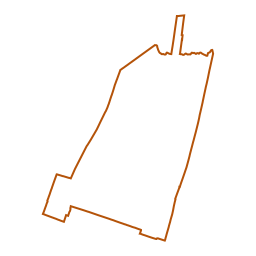 Rusetu, Buzau, Romania
{"feature_id": "2599482B81543600541276", "entity_name": "Rusetu", "entity_type": "district", "adm_level": 2, "iso_a3": "ROU", "parent_name": "Romania", "parent_adm1": "Buzau", "projection": "albers", "projection_center": [27.21, 44.945], "detail": "fine", "context": "isolated", "style": "outline", "palette": "amber", "viewbox_px": 256, "rotation_deg": 0, "n_neighbors": 0, "source": "geoboundaries", "source_scale": "gbopen_adm2", "svg_char_len": 4567}
<svg xmlns="http://www.w3.org/2000/svg" viewBox="0 0 256 256"><path d="M165.3,239.2L165.4,238.9L165.4,238.7L165.5,238.3L165.6,237.9L166.0,236.6L166.6,234.3L166.8,233.6L168.7,227.1L169.0,225.7L169.4,224.4L169.7,223.2L169.9,222.8L170.7,219.4L172.2,214.3L173.1,210.2L173.9,205.9L174.8,201.9L175.1,200.8L175.5,199.2L175.2,198.9L177.3,193.1L179.2,188.0L179.3,187.7L179.3,187.4L179.4,187.2L179.4,186.9L179.8,187.0L180.3,185.3L181.1,182.9L182.8,178.1L184.7,172.6L185.4,170.5L186.2,168.2L186.4,167.7L187.0,165.5L187.5,163.7L188.8,158.9L189.5,156.2L189.8,154.8L190.0,154.0L190.5,152.0L190.7,151.3L191.1,149.7L191.8,147.1L192.4,144.8L193.2,141.7L193.3,141.4L193.7,140.0L193.9,139.2L194.6,136.5L195.8,132.0L197.8,124.0L198.2,122.3L198.6,120.5L199.1,118.3L199.7,115.0L201.2,108.6L202.6,102.4L203.0,100.2L203.1,99.9L204.2,94.6L205.5,88.6L205.9,86.7L206.6,83.9L208.0,77.5L209.5,70.0L209.9,68.3L212.2,57.8L213.1,53.7L213.0,53.2L212.4,50.4L212.3,50.0L212.2,49.9L211.7,50.0L211.3,50.1L210.9,50.6L209.8,52.3L208.0,53.1L207.3,55.7L206.7,55.8L206.3,55.7L205.6,55.4L204.8,54.9L204.2,54.7L203.7,54.5L203.4,54.3L203.0,54.1L202.2,53.7L200.9,52.7L200.5,52.6L200.3,52.6L200.0,52.7L199.7,52.8L199.4,53.2L198.9,53.7L198.7,53.6L198.0,53.2L197.8,53.1L197.7,53.1L197.2,53.2L196.8,53.3L196.7,53.5L196.0,53.9L195.6,53.8L195.2,53.5L195.0,53.3L194.5,53.0L194.3,52.9L194.0,52.9L193.8,52.9L193.3,53.1L192.9,53.1L192.4,52.8L191.8,52.7L191.2,53.3L190.8,54.0L190.5,54.3L190.4,54.4L190.1,54.4L189.8,54.4L189.4,54.3L189.0,54.4L188.5,54.4L187.8,54.5L187.3,54.4L186.6,53.9L186.2,53.7L185.9,53.6L185.5,53.6L185.1,53.9L184.2,54.6L183.7,54.8L183.4,54.9L183.1,54.9L181.9,54.3L181.4,54.2L181.0,54.2L180.6,54.2L180.2,54.1L179.9,54.0L180.0,53.7L181.8,40.4L181.9,39.6L182.1,39.7L182.3,37.7L182.6,35.2L181.7,35.0L183.2,22.8L184.2,15.4L180.2,15.8L177.8,16.1L177.5,16.0L176.9,16.0L176.7,17.6L175.7,24.5L175.2,27.9L173.6,39.3L172.5,46.6L172.1,49.0L171.7,51.5L171.3,54.1L170.3,54.0L169.5,53.8L168.4,53.3L167.7,52.9L167.3,52.7L166.7,52.7L166.4,53.1L165.9,54.1L165.7,54.4L165.0,54.6L164.5,54.5L164.1,54.4L163.5,54.1L163.2,54.0L162.6,54.1L162.0,54.2L161.6,54.1L160.8,53.4L160.0,53.0L159.6,52.6L159.4,52.4L159.0,51.7L158.9,51.5L158.8,51.2L158.3,50.2L158.0,49.4L157.9,49.0L157.8,48.7L157.7,48.3L157.5,47.8L157.4,47.6L157.3,47.2L157.2,46.8L157.2,46.4L157.2,46.1L157.0,45.8L156.7,45.4L156.3,45.2L156.1,45.2L155.1,45.2L154.9,45.1L122.9,68.2L122.2,68.6L121.8,69.0L120.6,69.8L120.4,69.9L119.5,72.4L117.2,78.7L117.1,79.1L116.8,79.7L115.3,83.8L114.9,84.8L113.6,89.2L112.6,92.4L112.3,93.3L111.8,94.8L111.5,95.7L111.3,96.0L111.1,96.8L110.7,97.9L110.5,98.6L110.2,99.4L110.1,99.8L110.0,100.2L109.9,100.5L109.6,101.3L109.5,101.6L109.4,102.1L109.2,102.5L109.1,102.9L109.0,103.1L108.9,103.5L108.8,103.9L108.7,104.1L108.4,104.8L108.2,105.3L108.1,105.6L108.0,105.9L107.9,106.2L107.7,106.7L107.5,107.4L107.3,107.8L106.6,109.4L105.9,111.0L105.1,112.3L100.3,122.1L98.6,125.7L96.7,129.6L90.8,139.7L87.3,145.3L87.1,145.5L86.5,146.4L86.0,147.4L75.0,168.9L71.6,176.6L70.8,178.4L69.3,177.9L68.9,177.9L66.0,177.0L63.0,176.1L62.6,176.1L60.8,175.5L58.4,174.8L56.8,174.3L56.7,174.3L55.9,176.5L53.8,182.3L52.9,184.9L52.2,186.9L52.1,187.1L51.8,188.2L51.0,190.2L50.6,191.5L50.3,192.3L49.7,194.2L49.5,194.8L49.4,195.1L49.2,195.4L49.1,195.9L48.6,197.1L48.5,197.6L48.3,198.1L47.9,199.1L47.7,199.7L47.5,200.1L47.4,200.4L47.3,200.8L47.5,201.0L47.6,201.3L47.3,202.3L46.9,203.0L46.3,204.7L46.2,205.2L45.8,206.3L45.5,207.0L45.2,207.9L45.0,208.4L44.8,208.9L44.7,209.2L44.6,209.7L44.4,210.1L44.1,210.9L43.9,211.5L43.7,212.0L43.6,212.3L43.4,212.7L43.3,213.1L43.1,213.4L42.9,214.0L43.9,214.3L45.4,214.9L46.4,215.3L47.8,215.8L49.4,216.4L51.3,217.1L51.5,217.2L52.7,217.6L53.5,217.9L53.7,218.0L54.0,218.1L54.3,218.2L54.6,218.3L54.8,218.4L55.5,218.6L56.2,218.9L57.4,219.4L58.1,219.7L59.3,220.1L60.0,220.4L60.5,220.6L63.9,221.8L66.1,215.1L68.1,215.8L69.4,211.9L69.9,211.2L70.1,210.6L70.4,209.5L70.5,208.7L70.3,208.2L70.7,206.9L70.8,206.2L83.5,210.2L88.0,211.7L88.5,211.8L98.0,215.1L109.7,219.0L110.7,219.4L113.5,220.3L115.3,221.0L120.4,222.8L122.5,223.5L124.2,224.1L124.3,224.2L125.2,224.4L125.5,224.5L125.8,224.6L127.3,225.2L127.8,225.3L128.9,225.7L130.4,226.2L131.9,226.8L132.8,227.1L133.5,227.3L135.6,227.9L136.0,228.1L138.4,229.0L140.3,229.6L141.0,229.9L141.0,230.5L140.7,231.3L140.5,231.9L139.9,233.6L140.0,233.6L141.1,234.0L142.9,234.7L144.1,235.1L144.8,235.3L148.2,236.5L152.1,237.8L155.7,238.9L156.2,239.0L156.5,239.0L156.7,238.8L156.8,238.5L157.8,238.3L159.5,238.9L160.5,239.2L164.8,240.6L165.2,239.6L165.3,239.2Z" fill="none" stroke="#b45309" stroke-width="2"/></svg>